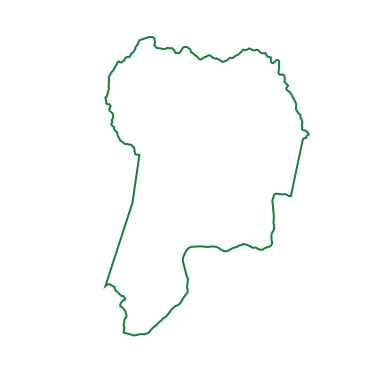 Santa Maria da Boa Vista, Pernambuco, Brazil (Robinson projection), rotated 11°
{"feature_id": "56859067B41266149437211", "entity_name": "Santa Maria da Boa Vista", "entity_type": "district", "adm_level": 2, "iso_a3": "BRA", "parent_name": "Brazil", "parent_adm1": "Pernambuco", "projection": "robinson", "projection_center": [-39.926, -8.695], "detail": "fine", "context": "isolated", "style": "outline", "palette": "green", "viewbox_px": 384, "rotation_deg": 11, "n_neighbors": 0, "source": "geoboundaries", "source_scale": "gbopen_adm2", "svg_char_len": 4225}
<svg xmlns="http://www.w3.org/2000/svg" viewBox="0 0 384 384"><g transform="rotate(11 192 192)"><path d="M151.7,343.1L159.1,343.5L161.6,344.0L164.1,343.3L168.0,341.5L169.7,341.1L172.1,340.8L175.8,338.9L176.7,337.9L177.8,335.4L179.0,333.5L182.4,329.4L184.8,325.8L186.5,324.0L187.0,322.4L190.2,319.4L191.2,317.7L192.0,316.3L192.5,315.2L194.5,311.0L197.2,307.2L199.6,305.8L200.6,305.0L202.1,302.5L203.3,298.8L204.3,296.3L206.3,292.4L206.7,291.3L206.7,289.7L205.2,286.1L205.0,281.2L204.5,277.9L203.4,276.4L202.7,275.3L196.5,262.2L195.9,260.0L195.8,258.0L196.0,256.8L196.8,253.0L198.4,249.2L199.6,247.5L200.5,246.7L201.8,246.0L210.5,243.7L217.2,243.1L222.4,241.6L225.7,241.2L228.1,241.6L232.2,243.3L234.1,243.7L236.2,243.8L237.6,243.5L240.3,241.3L242.5,239.4L246.8,237.3L247.5,236.0L248.8,235.4L251.7,234.2L252.4,233.2L255.9,233.4L259.0,234.1L262.2,235.2L264.0,234.6L265.1,234.5L266.4,234.7L268.3,235.4L269.9,235.6L272.3,235.2L273.5,233.8L274.6,233.0L276.3,231.9L277.5,231.2L278.8,230.7L279.6,229.8L280.4,227.6L280.4,226.3L279.3,224.2L278.6,221.4L278.3,219.3L278.2,217.3L279.7,212.9L279.2,210.9L279.2,209.3L278.1,207.6L277.8,206.2L277.5,203.3L276.6,198.8L275.7,195.9L275.2,194.5L274.5,191.3L272.7,185.9L272.6,184.2L273.2,178.8L274.2,177.8L275.4,177.5L280.5,177.2L284.4,176.3L287.9,177.5L289.8,177.3L289.9,174.1L290.0,169.7L290.1,158.8L290.8,118.9L291.9,117.8L293.6,117.1L293.8,115.2L295.6,113.4L295.1,112.2L293.6,111.1L291.6,110.1L289.8,110.1L288.4,109.7L287.7,108.3L287.9,107.1L287.1,105.5L286.9,101.9L286.1,100.5L284.8,99.0L284.2,97.9L283.7,95.5L281.6,94.6L280.3,93.0L278.3,91.0L277.9,89.3L277.7,86.2L276.7,84.5L275.6,83.2L274.5,81.3L273.2,80.2L270.8,77.2L269.4,75.7L268.0,74.8L266.3,74.2L265.1,73.3L264.8,72.0L266.1,69.2L263.1,67.3L261.8,66.2L261.3,61.9L260.4,60.2L259.4,59.5L258.3,59.2L257.3,59.9L255.9,60.1L254.8,59.6L254.0,58.0L253.7,52.0L252.9,49.9L252.9,47.8L252.0,46.4L250.7,46.1L249.2,46.9L248.3,48.6L247.1,50.0L245.8,50.0L244.7,49.1L244.3,48.0L243.7,44.8L241.2,44.8L239.8,44.4L239.1,43.4L237.7,41.6L234.2,42.6L232.3,42.0L230.2,40.2L228.4,40.0L226.2,41.1L224.4,41.2L222.6,40.5L221.0,40.1L218.9,41.7L217.4,42.4L216.3,42.6L215.1,42.5L213.2,45.6L211.0,48.6L209.0,49.8L206.5,52.6L203.4,53.1L202.7,54.1L201.3,56.0L199.3,57.3L198.1,58.3L196.2,58.2L194.9,57.6L194.2,56.9L192.4,57.0L190.7,56.1L189.1,56.8L187.5,56.0L185.9,55.9L184.1,54.6L182.3,54.6L181.2,55.4L180.0,56.7L178.0,57.5L175.5,60.3L173.7,60.1L170.7,57.8L168.7,57.2L166.5,55.6L164.4,54.9L163.3,52.5L160.3,51.0L159.0,50.5L156.1,51.5L155.0,53.2L154.4,55.6L153.6,56.8L152.6,58.3L150.8,58.2L149.5,58.8L148.2,57.5L147.5,56.2L145.8,55.3L144.8,54.6L143.7,55.0L142.2,55.1L139.8,55.4L138.6,56.8L136.9,57.2L135.0,57.2L133.4,57.0L132.3,57.1L130.3,57.5L128.7,56.5L127.1,55.2L126.9,53.4L127.3,51.9L126.3,50.2L125.9,48.6L124.1,47.4L122.3,47.8L120.7,47.8L111.4,53.1L111.0,55.8L110.3,57.9L109.5,59.2L109.0,60.4L109.1,62.1L108.6,63.5L108.1,65.0L107.2,66.6L106.2,67.5L105.4,69.6L105.0,71.1L103.8,71.8L102.0,72.0L101.0,73.4L100.4,74.7L100.0,76.4L98.8,77.1L98.1,78.3L96.5,78.3L95.1,77.9L93.9,79.4L93.8,81.0L93.1,82.4L92.4,84.3L92.1,86.2L91.6,87.5L90.5,89.1L89.7,90.6L89.3,92.5L88.7,93.8L88.4,95.6L89.1,97.7L89.5,99.9L89.7,102.3L90.1,104.3L90.7,105.8L90.7,107.8L90.3,110.3L90.5,112.2L90.1,114.4L88.9,115.7L90.6,119.7L90.7,121.0L92.3,122.1L93.8,121.5L95.8,123.2L95.0,126.7L95.5,127.7L97.1,128.9L98.8,129.7L100.0,131.8L100.4,134.0L99.7,136.1L99.8,137.5L100.4,138.5L99.8,141.1L101.6,142.5L103.3,143.4L103.7,145.4L105.3,146.9L106.9,147.5L107.6,148.6L108.4,151.2L110.1,152.9L110.9,153.9L111.9,155.3L115.2,156.6L116.2,157.3L117.7,157.6L119.5,157.2L120.7,157.6L122.0,157.1L123.5,157.3L124.9,158.6L126.6,159.4L127.3,160.7L127.6,162.5L128.3,163.8L128.7,165.3L129.6,165.9L131.5,165.7L133.3,165.8L133.4,167.2L133.5,169.7L133.6,171.2L135.6,214.7L134.9,219.6L126.7,286.4L125.0,300.8L126.2,299.3L128.5,298.1L131.5,299.2L134.4,300.2L134.5,301.6L136.1,303.4L142.7,307.5L144.3,307.2L146.2,308.7L146.9,310.2L145.5,311.1L144.7,312.2L143.9,313.4L143.2,314.9L143.2,317.6L144.6,318.1L146.5,319.1L147.8,320.4L149.2,321.5L149.9,322.9L151.5,326.5L151.1,327.6L150.2,329.7L150.1,331.3L150.3,332.8L150.3,335.1L150.5,336.8L151.5,337.6L151.6,340.2L151.7,343.1Z" fill="none" stroke="#15803d" stroke-width="2"/></g></svg>